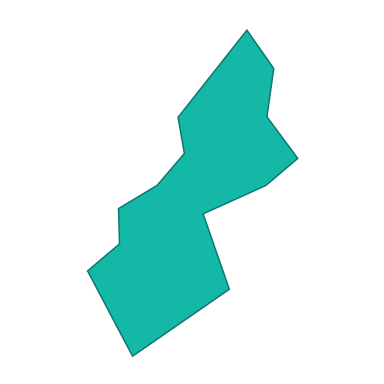 an SVG outline of Pasay, rotated 243°
{"feature_id": "PHL-5554", "entity_name": "Pasay", "entity_type": "Highly Urbanized City", "adm_level": 1, "iso_a3": "PHL", "parent_name": "Philippines", "parent_adm1": "", "projection": "equal_earth", "projection_center": [121.011, 14.532], "detail": "fine", "context": "isolated", "style": "filled", "palette": "teal", "viewbox_px": 384, "rotation_deg": 243, "n_neighbors": 0, "source": "natural_earth", "source_scale": "10m", "svg_char_len": 346}
<svg xmlns="http://www.w3.org/2000/svg" viewBox="0 0 384 384"><g transform="rotate(243 192 192)"><path d="M88.4,181.1L72.7,64.5L169.1,63.1L178.7,103.9L210.6,119.0L213.8,164.1L229.8,202.7L264.9,213.5L311.3,314.4L264.9,320.9L225.0,292.9L173.9,301.5L164.3,260.7L167.5,192.0L88.4,181.1Z" fill="#14b8a6" stroke="#0f766e" stroke-width="1.5"/></g></svg>